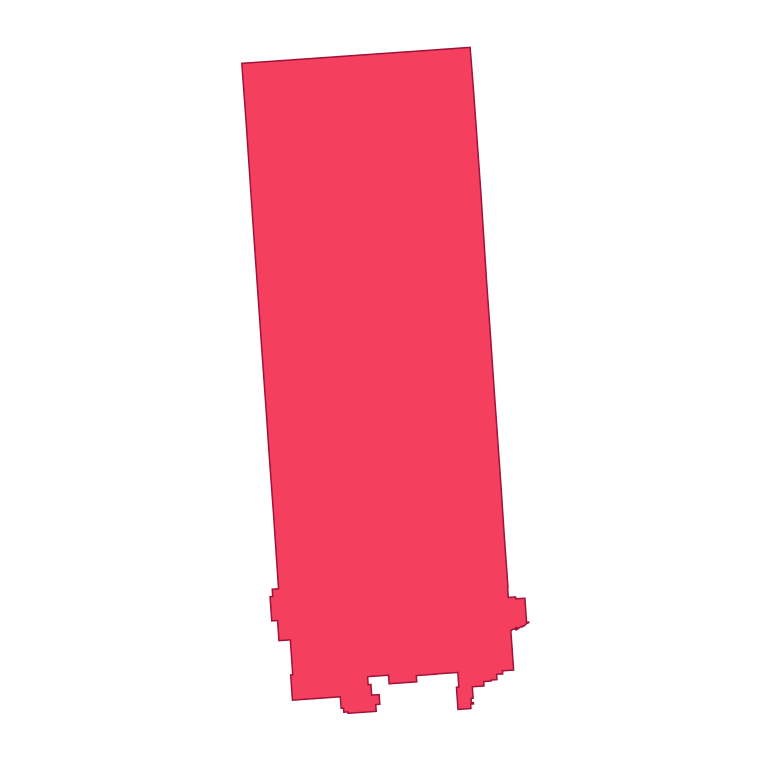 Laverton, Western Australia, Australia (Mercator projection), rotated 266°
{"feature_id": "25037944B80817080024086", "entity_name": "Laverton", "entity_type": "district", "adm_level": 2, "iso_a3": "AUS", "parent_name": "Australia", "parent_adm1": "Western Australia", "projection": "mercator", "projection_center": [123.06, -27.938], "detail": "medium", "context": "isolated", "style": "filled", "palette": "rose", "viewbox_px": 768, "rotation_deg": 266, "n_neighbors": 0, "source": "geoboundaries", "source_scale": "gbopen_adm2", "svg_char_len": 1857}
<svg xmlns="http://www.w3.org/2000/svg" viewBox="0 0 768 768"><g transform="rotate(266 384 384)"><path d="M713.8,264.5L654.2,264.7L549.9,264.5L426.7,264.5L360.6,264.6L330.5,264.5L295.9,264.6L262.2,264.7L187.1,264.5L187.1,258.2L179.8,258.2L179.8,255.5L155.5,255.5L155.5,261.3L135.3,261.3L135.3,272.7L100.3,272.7L100.3,270.6L75.0,270.6L75.0,318.6L63.5,318.6L63.5,321.0L59.4,321.0L59.4,325.1L58.0,325.1L58.0,353.4L64.8,353.4L64.8,357.5L74.5,357.5L74.5,350.0L85.2,350.0L85.2,347.2L93.2,347.3L93.2,368.2L84.6,368.2L84.6,395.9L90.9,395.9L90.9,416.3L91.1,416.3L91.1,437.5L76.5,437.5L76.5,435.1L54.2,435.1L54.2,448.1L58.6,448.1L58.6,451.0L60.0,451.0L60.0,448.9L64.3,448.9L64.3,451.0L75.8,451.0L75.8,462.7L80.2,462.7L80.2,470.1L81.2,470.1L81.2,476.1L86.6,476.1L86.5,482.2L89.6,482.2L89.6,493.4L128.9,493.3L128.9,493.6L129.5,494.1L130.0,494.7L130.3,495.0L130.3,495.7L130.4,496.2L130.3,497.1L130.5,497.5L130.5,497.9L130.0,498.1L130.0,498.5L130.2,499.0L129.9,499.0L129.9,498.5L129.7,498.5L129.4,499.0L129.9,499.4L130.7,499.7L130.8,499.0L130.7,498.8L130.9,498.5L131.1,498.4L131.2,498.7L131.2,499.6L130.8,499.7L131.0,499.8L131.5,499.7L131.6,499.4L131.6,498.8L131.4,498.6L131.4,498.3L131.7,498.3L131.8,498.4L131.8,498.7L131.7,499.0L131.9,499.7L131.6,500.0L131.3,500.1L130.3,500.0L130.3,500.3L130.5,500.7L130.6,501.1L131.2,501.8L131.8,502.6L132.1,503.6L132.1,504.0L132.0,505.0L132.3,505.3L132.5,505.3L132.4,505.0L132.6,504.6L132.8,504.7L132.8,505.0L132.6,505.3L132.4,505.5L132.8,506.2L133.1,506.5L133.2,506.8L133.0,507.1L133.1,507.4L134.8,509.0L135.0,509.3L135.1,509.6L135.7,511.0L135.7,511.6L136.3,511.9L136.4,512.5L136.4,509.6L160.5,509.6L160.5,500.4L162.4,500.4L162.4,493.1L172.7,493.1L172.8,493.5L227.3,493.4L272.9,493.6L368.6,493.5L424.7,493.6L480.3,493.5L567.7,494.0L669.3,493.8L713.8,493.4L713.8,264.5Z" fill="#f43f5e" stroke="#9f1239" stroke-width="1.5"/></g></svg>